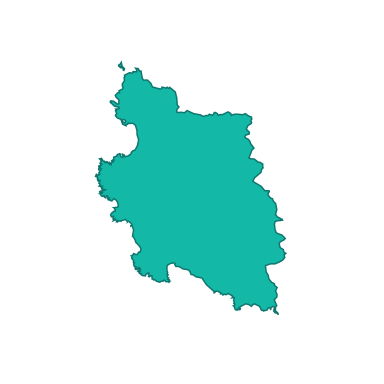 Nossa Senhora Do Monte, Brava, Cabo Verde (Mercator projection), rotated 336°
{"feature_id": "66160863B40523802781782", "entity_name": "Nossa Senhora Do Monte", "entity_type": "district", "adm_level": 2, "iso_a3": "CPV", "parent_name": "Cabo Verde", "parent_adm1": "Brava", "projection": "mercator", "projection_center": [-24.736, 14.849], "detail": "fine", "context": "isolated", "style": "filled", "palette": "teal", "viewbox_px": 384, "rotation_deg": 336, "n_neighbors": 0, "source": "geoboundaries", "source_scale": "gbopen_adm2", "svg_char_len": 6095}
<svg xmlns="http://www.w3.org/2000/svg" viewBox="0 0 384 384"><g transform="rotate(336 192 192)"><path d="M194.6,60.7L193.3,60.2L193.0,57.4L190.8,56.0L191.2,58.4L190.2,59.6L187.1,58.1L186.9,59.0L185.9,59.1L183.3,57.6L177.8,57.9L177.7,59.0L176.4,60.0L175.8,62.7L172.3,64.9L171.5,66.9L171.6,68.2L170.3,69.8L166.5,69.8L166.2,71.8L164.3,71.2L161.2,72.5L161.2,74.4L162.6,77.9L161.4,81.3L160.6,81.7L159.4,81.1L157.3,77.2L154.8,75.7L154.0,76.3L154.0,77.1L154.7,77.1L154.3,77.6L156.1,82.1L159.7,84.8L159.7,85.6L158.8,86.2L156.0,85.2L156.3,86.6L155.2,86.7L155.1,89.9L153.5,90.5L153.1,91.3L154.0,94.1L158.0,98.0L159.6,98.3L160.3,99.8L160.2,100.7L158.7,101.5L156.5,98.3L156.2,101.8L158.6,104.6L159.0,103.6L160.7,104.0L161.8,103.1L163.0,104.1L165.8,105.0L167.5,107.9L166.7,113.6L165.1,117.4L164.5,122.7L161.0,127.4L157.3,130.4L154.3,130.4L152.5,131.2L152.5,131.8L151.2,132.7L150.1,132.5L149.0,133.1L145.2,132.6L145.2,130.6L144.3,130.3L143.9,128.6L143.5,132.0L142.5,132.0L141.2,130.6L142.2,128.4L141.3,127.5L140.7,128.0L139.7,127.4L138.1,128.0L138.0,128.6L134.6,128.4L134.0,130.2L133.0,130.4L133.5,131.5L132.7,131.8L131.6,131.0L131.8,132.5L130.6,132.0L129.2,134.1L128.8,132.2L128.2,133.4L127.7,133.1L128.1,132.0L126.6,129.7L126.0,129.6L125.9,130.4L124.4,129.6L124.6,128.3L123.4,127.6L123.1,125.0L122.5,125.7L122.0,124.3L121.0,124.1L121.9,126.8L119.7,128.2L121.0,129.9L119.7,129.9L119.7,130.5L118.9,130.5L118.7,131.0L118.3,130.3L117.5,130.3L117.1,131.0L118.2,133.1L116.7,132.4L115.9,133.1L115.9,134.0L117.6,134.8L114.7,136.6L115.0,137.5L114.4,137.8L115.1,138.9L113.3,137.9L112.0,138.8L111.7,137.1L110.2,138.5L111.6,139.9L111.0,141.7L112.2,142.3L110.8,142.1L110.6,143.4L112.4,144.1L111.4,144.5L111.8,145.1L110.5,146.2L111.5,147.6L109.5,148.8L112.2,150.2L111.0,150.5L110.8,151.3L111.9,152.1L110.9,152.7L111.5,153.6L113.6,154.6L112.1,154.9L111.0,154.1L109.3,154.5L108.7,153.9L107.6,154.3L107.7,155.2L109.8,155.0L109.6,155.9L110.6,156.1L108.9,156.6L107.2,156.3L107.7,156.8L107.4,158.3L108.5,159.6L110.2,159.7L109.8,160.5L110.5,162.0L112.3,160.7L113.1,161.0L113.4,161.7L112.2,163.0L113.8,164.0L112.3,164.4L112.3,165.0L112.7,165.4L113.2,164.6L113.7,164.8L114.0,166.6L115.1,167.6L118.0,166.2L119.5,168.7L119.8,171.4L119.3,174.0L118.2,175.7L114.4,174.6L115.0,175.3L114.3,175.8L114.7,177.2L114.0,178.3L112.9,177.8L109.7,178.7L108.3,179.9L108.3,181.9L110.3,182.3L108.9,184.4L110.5,184.9L108.6,186.2L110.7,186.2L111.5,187.7L111.1,188.3L112.4,188.0L112.1,189.0L113.4,188.7L115.4,189.8L115.6,189.4L120.1,190.1L120.6,191.9L121.4,192.4L121.1,192.9L121.7,192.6L123.1,194.6L123.8,196.8L123.7,197.8L122.5,197.8L122.3,198.3L123.4,198.1L123.6,198.7L123.2,202.9L119.7,208.2L120.1,208.4L120.5,212.5L120.2,215.0L122.0,219.9L122.3,223.3L120.2,225.8L119.0,225.2L116.6,226.7L115.7,226.6L113.6,224.5L112.8,225.4L110.6,225.6L111.1,226.2L110.0,228.0L110.7,230.8L109.9,232.2L110.7,233.3L109.4,233.9L109.0,236.3L110.5,237.6L110.2,238.2L109.3,238.1L108.8,239.4L109.6,240.1L112.7,239.2L112.9,240.1L111.6,239.6L111.0,240.3L113.7,240.9L113.2,241.8L110.2,242.2L110.7,243.4L112.3,243.6L110.9,244.8L111.7,246.1L112.5,246.1L112.0,247.0L112.9,248.3L115.4,249.7L116.7,248.2L119.5,248.2L118.6,249.7L119.0,250.6L118.0,251.5L118.4,252.1L120.6,251.7L121.3,252.1L120.2,255.3L121.1,255.7L121.2,256.7L122.5,257.3L123.4,259.2L125.9,261.3L127.9,261.0L129.3,261.7L130.9,261.2L131.6,263.2L133.8,264.3L134.2,265.1L135.4,264.6L134.5,264.2L135.6,263.0L134.3,261.9L135.7,261.0L134.9,260.2L135.1,259.0L136.5,257.9L135.7,257.1L137.1,255.5L137.1,253.7L139.0,249.5L140.3,248.8L143.2,248.5L146.7,249.4L147.4,250.4L146.7,251.2L147.0,253.4L149.9,254.9L152.5,258.6L156.9,261.5L157.7,263.5L157.6,267.0L159.5,268.2L161.1,271.1L166.1,274.6L167.5,282.6L171.6,291.6L171.2,293.1L172.1,293.1L173.0,292.2L175.0,293.0L177.2,295.7L176.6,296.6L177.6,296.8L178.4,298.7L179.7,298.5L181.5,299.7L183.8,299.5L186.7,303.4L186.3,304.1L186.8,304.7L185.7,305.0L187.7,305.7L185.8,308.1L185.9,309.8L184.9,310.7L185.6,311.7L184.8,312.7L183.5,312.8L184.0,313.8L183.7,317.0L185.1,318.3L187.0,317.2L187.1,318.4L187.6,317.8L188.3,318.7L188.8,318.1L188.6,316.8L189.4,316.4L195.5,316.0L198.1,317.9L199.8,320.6L201.4,319.7L203.6,319.6L207.2,323.9L207.4,328.4L208.9,329.1L209.0,329.8L212.9,330.3L214.0,329.1L215.4,328.9L216.0,329.7L216.1,331.7L216.9,329.9L219.1,329.4L220.4,330.2L220.5,331.0L218.4,333.5L218.3,334.4L219.0,336.4L220.3,337.0L220.9,339.2L221.2,337.4L219.9,334.4L221.4,331.2L223.2,330.2L223.3,323.9L226.5,322.6L227.4,321.6L228.1,319.6L228.1,316.3L230.9,313.9L229.4,310.9L230.0,309.3L228.0,306.9L226.9,302.7L227.7,298.8L227.2,295.3L229.0,289.5L229.3,289.1L234.6,289.6L238.6,291.4L243.0,291.5L247.1,291.1L250.1,289.6L250.4,287.1L252.8,286.2L251.5,284.6L252.0,281.7L249.9,278.7L250.6,274.5L252.5,273.4L256.6,273.1L258.3,272.4L256.5,267.7L253.1,264.6L252.4,262.9L252.6,260.0L254.1,255.2L255.6,252.9L257.8,252.9L263.2,254.6L263.1,253.2L261.8,252.7L261.9,251.8L259.8,249.5L259.2,246.4L262.3,242.6L263.7,236.5L262.7,233.9L262.7,230.8L261.4,229.6L260.2,226.1L261.0,224.0L262.8,223.1L262.9,222.3L259.0,220.4L257.5,215.0L251.9,207.1L254.8,204.5L263.0,202.1L264.8,199.6L266.8,198.8L267.0,197.2L268.0,195.3L266.4,192.7L264.6,191.7L262.3,187.2L259.4,185.7L257.8,184.1L264.0,177.9L266.4,177.2L265.2,171.2L265.5,169.4L264.8,166.6L262.7,164.1L262.8,162.9L264.2,161.9L267.8,162.3L268.7,160.6L267.1,156.7L270.0,154.1L274.0,153.5L274.7,152.7L274.8,150.5L276.2,149.8L276.8,147.7L274.5,145.5L272.6,142.1L269.9,142.1L264.2,138.9L261.4,138.0L259.1,138.1L259.4,136.0L257.5,133.5L251.4,133.7L248.8,132.6L247.1,132.7L247.0,130.7L245.8,129.0L244.8,128.5L242.0,130.4L239.5,128.0L237.5,128.7L236.1,127.9L233.1,127.6L231.0,124.9L225.4,121.1L220.6,115.6L217.3,116.6L214.7,114.8L211.0,113.5L210.7,112.5L211.7,110.6L214.7,109.0L213.9,106.5L216.3,99.9L217.4,93.8L214.3,87.5L213.8,88.1L213.0,87.9L212.0,86.2L210.9,86.7L207.2,84.0L206.4,85.1L205.1,85.2L198.6,80.0L198.6,76.0L196.8,71.6L193.2,70.1L192.8,68.0L194.6,60.7ZM179.3,48.8L180.1,44.8L178.6,45.9L176.6,46.2L176.2,47.2L178.0,48.7L177.0,48.6L177.6,49.7L179.3,50.3L178.8,52.7L179.2,53.2L180.5,52.0L179.3,48.8Z" fill="#14b8a6" stroke="#0f766e" stroke-width="1.5"/></g></svg>